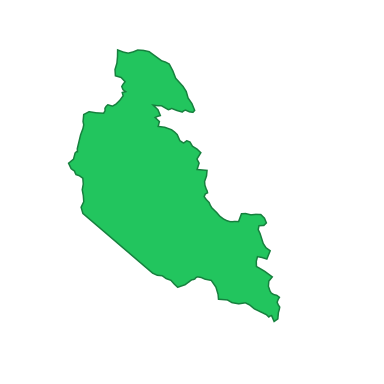 the District of Mŏṇarāgala, rotated 127°
{"feature_id": "LKA-2468", "entity_name": "Mŏṇarāgala", "entity_type": "District", "adm_level": 1, "iso_a3": "LKA", "parent_name": "Sri Lanka", "parent_adm1": "", "projection": "robinson", "projection_center": [81.231, 6.876], "detail": "fine", "context": "isolated", "style": "filled", "palette": "green", "viewbox_px": 384, "rotation_deg": 127, "n_neighbors": 0, "source": "natural_earth", "source_scale": "10m", "svg_char_len": 2333}
<svg xmlns="http://www.w3.org/2000/svg" viewBox="0 0 384 384"><g transform="rotate(127 192 192)"><path d="M123.3,336.9L121.6,331.1L119.5,326.5L115.5,323.3L111.3,320.8L108.2,316.1L105.7,310.7L105.5,295.3L104.2,291.4L103.5,287.2L106.8,280.2L111.0,273.5L113.1,262.7L115.2,257.1L119.3,251.7L121.5,245.2L125.2,239.0L127.8,239.2L129.5,242.2L130.5,246.5L132.2,247.5L134.0,247.9L136.0,253.1L137.5,258.5L139.1,259.4L140.5,260.4L141.5,268.3L144.1,271.9L146.0,275.3L146.8,268.7L150.0,263.3L152.3,265.0L154.7,266.3L155.4,260.4L160.0,258.5L156.7,252.7L154.6,245.8L154.6,242.0L155.1,238.3L158.3,232.6L158.0,228.2L154.2,227.0L153.3,223.7L155.2,219.2L154.7,213.8L155.3,208.6L162.7,207.9L164.7,203.7L171.0,201.5L165.7,193.0L170.4,190.1L176.0,188.3L178.8,185.8L181.0,182.6L182.0,180.6L183.3,179.1L185.5,180.2L188.4,179.5L189.5,175.9L190.1,172.0L191.6,169.4L192.7,166.7L193.6,159.8L194.6,155.3L194.6,150.6L194.0,147.2L192.8,143.8L191.2,141.6L190.0,140.4L187.6,137.0L179.6,139.4L177.0,136.3L174.8,131.2L171.4,127.5L168.6,123.5L169.3,118.4L171.9,114.0L175.5,114.5L178.6,118.2L182.2,116.5L184.2,112.7L190.3,104.1L192.0,99.4L191.9,94.2L200.5,91.9L202.2,96.7L204.2,100.8L208.6,99.0L212.7,95.7L211.6,86.3L211.5,76.8L217.0,77.0L221.4,74.2L222.5,72.5L224.0,70.4L225.0,68.0L224.7,65.0L223.5,62.1L223.5,58.8L225.7,58.6L228.8,57.7L230.3,55.1L231.1,52.7L233.5,51.5L236.2,50.5L241.7,47.1L246.0,48.5L242.8,54.1L244.2,55.1L245.6,55.4L245.2,58.7L247.8,71.9L247.5,77.8L248.4,82.7L253.2,87.4L256.3,93.5L256.9,98.8L261.7,106.3L258.1,109.5L253.6,115.6L251.0,123.4L253.8,129.2L254.7,133.1L256.4,136.5L258.2,137.4L259.8,137.4L261.2,138.3L262.3,139.4L270.2,141.7L276.7,146.1L276.2,150.8L275.2,155.7L276.7,160.5L276.8,165.4L279.4,169.6L280.5,174.6L274.8,266.2L270.9,271.4L264.9,272.6L260.3,276.6L256.3,281.0L251.1,283.6L246.7,287.5L246.8,291.8L247.9,295.1L247.0,296.9L246.0,298.4L246.1,300.5L246.1,302.6L243.3,307.9L237.1,306.4L231.2,308.8L229.3,308.5L228.8,307.7L226.4,309.7L213.3,315.4L206.9,317.3L203.5,318.9L201.3,321.4L195.3,325.1L189.8,322.5L186.4,316.1L182.3,310.0L179.5,310.3L177.5,311.9L175.2,312.1L173.0,311.7L171.3,307.2L167.6,305.6L162.1,304.8L156.6,304.9L154.5,307.6L151.8,305.4L151.8,308.7L150.0,311.6L147.0,311.9L144.2,311.8L143.2,317.5L145.3,323.1L140.5,327.2L134.3,329.5L128.8,332.9L123.3,336.9Z" fill="#22c55e" stroke="#15803d" stroke-width="1.5"/></g></svg>